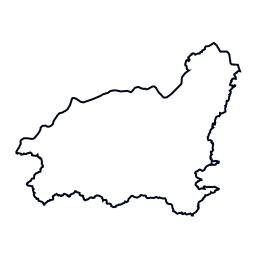 Hinthada, Ayeyarwady, Myanmar (orthographic projection), rotated 271°
{"feature_id": "60261553B48695999525720", "entity_name": "Hinthada", "entity_type": "district", "adm_level": 2, "iso_a3": "MMR", "parent_name": "Myanmar", "parent_adm1": "Ayeyarwady", "projection": "orthographic", "projection_center": [95.142, 17.923], "detail": "fine", "context": "isolated", "style": "outline", "palette": "ink", "viewbox_px": 256, "rotation_deg": 271, "n_neighbors": 0, "source": "geoboundaries", "source_scale": "gbopen_adm2", "svg_char_len": 5726}
<svg xmlns="http://www.w3.org/2000/svg" viewBox="0 0 256 256"><g transform="rotate(271 128 128)"><path d="M128.9,45.7L128.7,42.8L128.0,41.7L126.9,40.7L125.2,40.5L123.4,39.8L120.7,38.2L116.4,34.7L115.5,33.2L115.4,32.0L116.0,27.3L115.9,24.0L114.2,21.5L112.9,20.7L110.8,21.0L109.6,20.8L108.1,19.9L106.6,19.5L106.0,18.9L102.6,16.9L100.9,16.9L100.5,17.8L101.0,18.4L100.4,21.5L99.5,21.8L99.9,23.5L100.5,24.2L100.2,24.5L100.5,24.9L100.1,25.8L100.2,26.9L100.9,27.5L101.2,29.4L101.7,30.1L101.7,31.1L100.1,32.5L99.0,32.5L98.5,36.4L98.7,37.1L99.7,38.0L97.8,38.4L96.9,39.5L97.1,40.1L96.8,40.7L96.1,40.5L95.5,41.9L92.8,42.5L90.8,42.4L88.6,43.6L87.7,43.6L87.2,42.4L85.5,41.5L85.2,41.1L84.3,41.3L82.8,41.2L82.4,39.3L81.5,38.4L81.1,36.8L79.9,36.0L79.8,35.4L79.2,35.1L76.0,34.9L75.7,33.0L75.4,32.6L73.6,31.8L72.1,29.4L71.5,29.2L71.3,28.4L70.7,27.9L69.9,27.8L68.8,28.8L68.1,33.4L66.4,33.7L65.4,34.6L65.1,34.0L64.4,34.1L61.9,34.8L61.6,35.8L60.6,35.6L60.1,35.0L58.7,35.3L57.4,36.1L56.5,37.5L55.5,37.9L55.7,39.4L53.7,39.9L52.5,43.7L49.8,45.5L50.0,46.0L51.1,46.3L53.1,48.9L53.6,49.1L53.8,50.7L54.8,51.2L54.5,51.7L55.1,54.1L55.8,54.5L58.3,54.1L58.8,54.4L58.9,55.1L60.0,56.0L60.1,56.9L60.8,57.7L59.3,59.6L59.8,60.1L59.5,61.2L58.9,61.8L58.8,62.5L59.6,63.2L59.4,64.0L61.0,65.0L61.1,65.5L60.2,68.0L59.1,68.7L59.4,69.8L58.6,69.9L58.3,70.4L58.8,71.3L59.9,71.5L60.7,72.1L61.7,74.8L63.9,76.3L63.9,76.9L63.3,77.1L63.4,77.5L62.8,78.4L62.3,80.7L60.5,80.8L59.8,81.6L59.5,82.5L59.8,83.3L59.3,84.3L58.4,84.2L56.6,85.2L55.9,85.1L54.9,86.6L55.8,88.0L55.7,88.8L57.8,91.4L58.0,92.7L57.3,93.9L57.9,95.8L58.6,95.7L59.1,96.1L60.1,98.3L59.6,100.7L58.2,103.4L57.1,103.4L56.2,104.2L54.9,104.3L55.7,105.2L55.5,107.6L55.0,107.9L52.7,107.9L52.0,108.4L52.1,110.4L51.8,110.9L51.8,111.8L50.7,112.6L49.6,112.6L49.6,113.1L48.6,114.6L49.0,116.3L48.8,116.9L50.2,117.6L50.5,119.3L51.3,120.3L51.2,121.3L51.7,123.0L52.4,123.7L53.1,125.8L54.5,126.4L53.9,128.0L55.1,129.4L57.0,129.8L60.2,132.7L60.1,134.1L59.2,135.3L58.5,138.3L60.0,141.1L61.0,141.6L61.2,142.1L60.6,144.8L60.8,145.6L60.5,147.0L59.2,147.4L58.3,148.3L58.2,149.0L58.7,152.2L58.5,155.3L59.6,157.4L58.4,159.7L59.2,160.8L58.7,161.6L58.1,164.4L58.3,166.4L56.7,167.2L55.8,167.2L53.3,168.6L52.6,170.9L52.7,172.0L52.2,172.9L51.3,173.5L49.1,173.8L47.1,174.8L45.8,174.5L44.8,176.7L43.6,177.9L43.2,178.9L43.9,180.8L43.9,182.1L44.5,183.0L44.0,183.8L42.9,183.9L42.9,184.7L43.9,186.6L42.8,187.2L42.6,188.5L43.6,192.0L43.0,192.8L41.7,193.2L41.6,194.3L43.3,194.6L45.4,197.6L48.6,199.9L48.9,199.7L49.9,200.1L50.2,199.4L51.0,199.1L52.0,199.9L53.2,199.5L55.3,200.3L57.2,203.5L58.2,204.0L58.6,204.7L59.7,204.8L60.4,206.0L62.2,206.5L62.0,207.9L63.3,210.8L64.0,211.8L65.2,212.1L64.9,212.4L64.7,213.8L64.9,214.9L65.5,215.9L66.6,216.1L67.3,216.7L67.2,217.4L68.0,218.5L67.9,218.9L68.2,219.7L68.7,219.9L70.8,215.6L70.4,213.1L70.5,208.8L70.1,208.0L70.8,206.4L70.9,205.1L70.8,204.8L70.2,204.7L68.5,205.6L68.9,202.5L68.0,200.4L68.5,199.6L70.1,199.0L70.3,198.4L70.8,198.4L71.9,196.8L73.0,196.5L74.7,197.3L75.2,198.4L76.0,198.8L76.0,199.6L76.8,200.6L77.4,202.4L77.9,202.3L79.1,198.9L80.2,197.2L81.7,196.8L83.2,196.9L84.1,195.8L85.0,196.2L85.8,197.1L86.0,198.4L87.4,199.6L87.7,200.7L86.4,203.0L87.3,205.0L89.8,206.2L91.1,207.3L92.7,210.3L92.4,211.5L94.0,212.0L92.9,213.0L92.6,213.7L92.8,215.4L92.9,216.2L94.5,217.3L94.4,218.9L95.2,219.5L96.0,219.2L96.7,216.6L96.1,213.0L96.6,212.3L98.2,212.2L98.3,211.3L98.8,211.0L99.5,210.9L100.0,211.3L100.5,211.2L100.6,210.9L101.3,210.9L103.0,212.3L103.6,211.6L104.7,211.7L104.9,211.3L105.7,211.3L105.5,212.0L107.1,213.3L108.0,213.5L109.2,212.9L113.5,213.4L114.1,213.2L113.7,212.8L115.1,211.6L116.4,212.0L117.1,211.1L117.3,208.5L118.6,208.0L120.4,207.9L120.8,208.4L123.3,209.0L125.2,210.3L126.0,210.2L127.7,210.7L129.7,213.0L129.9,212.2L131.3,212.3L131.5,212.8L133.3,212.5L133.8,212.8L134.0,213.0L133.0,214.2L133.0,214.8L134.5,215.1L134.5,214.8L136.8,214.8L140.2,215.8L141.2,217.1L141.5,218.2L141.3,218.9L142.3,219.6L144.6,219.8L144.1,221.4L145.7,224.7L146.3,225.2L149.0,224.8L150.5,225.0L150.9,225.5L151.9,224.8L152.3,225.5L153.5,226.0L156.8,226.2L156.7,227.3L158.0,228.2L161.1,228.6L162.2,229.2L162.8,229.1L163.2,228.7L164.2,229.9L166.2,230.1L167.1,229.1L169.6,231.6L170.8,231.8L171.0,233.2L171.9,234.4L172.4,234.5L172.6,233.8L171.8,233.1L171.5,232.1L172.3,231.7L172.2,230.9L172.7,229.3L173.1,229.2L173.9,229.7L174.8,229.7L175.4,230.3L176.9,230.3L177.0,230.9L177.6,230.7L178.8,231.4L178.8,231.9L179.4,232.4L179.0,234.9L180.6,234.9L182.6,233.4L183.5,233.3L185.0,235.0L185.2,235.9L186.3,236.3L186.9,237.4L186.7,239.1L190.0,237.7L193.1,236.8L193.4,230.7L194.5,229.4L203.3,228.0L205.2,226.7L206.1,225.4L206.0,219.0L212.1,215.2L214.4,212.6L214.4,212.2L211.4,207.6L210.9,204.3L209.3,203.4L208.1,203.5L206.8,200.9L205.4,200.6L205.3,199.2L203.7,198.5L203.7,196.6L202.5,193.9L203.3,193.4L203.8,191.6L202.9,190.5L203.0,190.2L202.2,190.1L201.9,189.3L201.1,188.4L199.7,187.7L199.6,187.0L198.4,187.2L197.6,188.2L196.6,188.2L196.1,187.6L196.8,185.7L196.4,185.0L192.7,184.1L191.5,184.3L191.3,185.2L190.4,185.6L188.5,185.9L188.3,185.7L186.5,187.2L186.5,187.7L184.1,184.5L180.4,181.5L178.5,180.9L174.9,180.8L173.1,180.5L172.3,179.9L162.8,170.8L159.4,166.4L159.0,164.3L159.3,162.8L162.5,159.9L163.8,158.3L169.1,154.9L170.0,153.4L169.9,151.7L167.4,147.4L167.0,145.6L167.6,144.7L167.4,143.2L167.9,140.5L169.2,137.8L168.8,135.5L168.2,134.1L164.5,131.2L163.9,130.2L165.1,126.8L164.4,120.1L165.4,115.5L165.3,112.9L164.6,109.6L162.9,107.5L161.2,102.2L159.8,100.3L156.0,91.8L152.8,82.8L153.4,80.2L156.5,75.4L157.1,73.1L156.8,71.9L155.6,71.3L150.1,69.7L145.8,67.3L144.0,65.2L143.3,63.5L142.4,62.5L141.7,59.4L139.9,57.6L133.8,53.6L130.4,52.7L128.8,50.8L127.9,49.0L128.0,47.0L128.9,45.7Z" fill="none" stroke="#020617" stroke-width="2"/></g></svg>